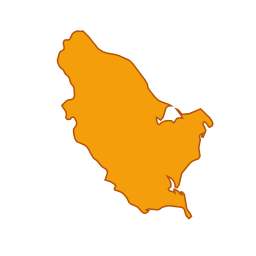 the County of Wexford, rotated 292°
{"feature_id": "IRL-718", "entity_name": "Wexford", "entity_type": "County", "adm_level": 1, "iso_a3": "IRL", "parent_name": "Ireland", "parent_adm1": "", "projection": "mercator", "projection_center": [-6.603, 52.458], "detail": "fine", "context": "isolated", "style": "filled", "palette": "amber", "viewbox_px": 256, "rotation_deg": 292, "n_neighbors": 0, "source": "natural_earth", "source_scale": "10m", "svg_char_len": 3001}
<svg xmlns="http://www.w3.org/2000/svg" viewBox="0 0 256 256"><g transform="rotate(292 128 128)"><path d="M201.0,49.9L198.1,56.8L190.2,70.9L189.3,76.1L189.5,80.2L191.2,88.1L191.7,92.3L191.2,104.1L189.0,109.0L178.8,125.9L175.8,129.6L173.0,131.2L170.4,134.8L166.5,141.9L164.9,146.2L164.8,151.2L165.1,156.0L164.8,159.7L163.7,157.6L162.3,156.3L160.8,155.7L151.0,156.5L147.6,155.4L148.5,150.4L147.0,151.0L145.6,151.8L144.2,152.9L142.9,154.2L142.9,155.9L145.4,156.9L147.8,159.0L149.7,162.0L151.0,165.7L149.9,168.5L155.1,169.7L156.7,172.0L157.6,174.9L159.7,172.4L163.7,165.7L163.7,167.4L160.9,173.1L164.2,179.4L172.9,188.2L168.0,200.1L165.9,203.1L164.2,204.8L163.0,205.3L161.4,205.0L159.2,203.3L159.6,201.9L160.8,200.6L162.3,197.3L162.1,196.1L160.1,195.8L159.1,196.4L157.7,198.5L155.6,200.3L155.3,200.8L154.8,201.1L147.5,201.1L147.5,199.4L151.0,199.4L148.7,197.4L146.9,197.4L144.1,199.4L136.0,201.1L128.9,205.3L126.0,204.9L121.6,200.3L118.5,198.6L106.1,194.8L94.2,196.6L91.0,195.8L91.0,193.8L93.5,192.7L95.9,190.2L97.6,186.8L97.9,182.5L95.9,185.4L93.1,188.3L89.8,189.7L86.5,188.2L85.3,189.9L85.5,192.1L85.7,193.0L85.8,193.8L85.3,195.8L87.1,194.5L87.7,193.8L88.8,193.8L88.2,197.8L87.7,199.4L86.5,201.1L87.6,201.2L88.8,201.1L88.8,203.1L88.2,203.3L87.0,203.1L86.5,203.1L87.7,205.0L75.6,212.5L73.9,214.3L72.0,217.7L69.7,220.0L66.8,218.3L68.4,214.9L70.4,213.1L72.5,211.7L74.4,209.7L74.5,207.0L71.5,195.8L70.6,193.9L68.9,191.4L67.0,189.1L65.2,188.2L63.3,186.4L60.8,177.8L58.7,174.9L59.2,178.1L58.6,177.9L57.5,177.6L56.5,177.0L55.8,176.5L55.4,175.7L55.0,174.8L55.2,173.5L55.7,171.8L57.8,167.6L58.3,166.3L58.5,165.0L58.6,162.6L58.6,161.0L58.5,159.7L58.8,158.4L59.4,156.9L62.9,152.9L63.5,152.0L65.0,149.0L65.5,147.5L65.9,145.6L65.9,142.4L65.6,139.4L65.8,138.5L66.8,138.0L67.7,138.0L69.5,138.5L70.4,137.5L71.1,135.4L71.7,131.0L71.2,126.2L77.8,125.9L78.8,125.6L80.4,124.7L81.1,123.9L81.6,122.8L82.2,119.3L82.8,117.5L85.8,111.9L86.5,109.8L86.9,108.2L87.7,106.5L94.6,97.9L95.6,95.7L96.0,93.1L96.2,85.7L97.1,84.2L98.7,82.4L103.0,79.5L105.3,78.4L107.0,78.0L110.1,78.8L111.2,78.9L112.2,78.9L113.2,78.6L114.3,78.0L115.4,77.0L117.0,75.0L117.6,73.7L117.4,72.6L116.9,72.1L116.2,71.7L114.9,71.3L114.3,70.8L113.8,70.1L113.5,69.2L113.4,68.1L113.7,67.1L114.4,66.4L117.2,66.0L119.8,64.4L124.0,58.2L129.8,60.6L131.9,62.4L132.5,63.7L133.7,65.4L134.9,66.2L136.1,66.5L137.2,66.4L138.1,66.2L144.5,63.1L145.4,62.4L146.1,61.6L146.6,60.9L147.5,59.1L148.0,58.4L148.6,57.7L149.3,57.1L151.6,55.5L152.2,54.9L152.8,54.2L153.7,52.6L154.7,49.7L155.2,48.8L155.8,48.2L156.5,47.6L157.1,46.9L157.6,46.2L158.0,45.2L158.2,44.1L158.7,42.7L159.5,41.2L161.6,39.0L163.1,37.9L164.7,37.1L172.0,36.3L173.3,36.6L174.1,37.1L174.8,37.9L175.7,38.5L177.2,39.1L178.5,38.7L179.8,38.0L181.8,36.5L183.3,36.0L184.6,36.0L185.6,36.4L186.2,37.0L186.6,37.8L186.9,38.8L187.3,39.7L187.8,40.3L188.8,40.8L193.8,41.1L195.0,41.4L197.4,42.9L197.8,43.3L198.2,43.7L198.6,44.3L199.4,46.0L199.6,46.9L200.3,48.8L201.0,49.9Z" fill="#f59e0b" stroke="#b45309" stroke-width="1.5"/></g></svg>